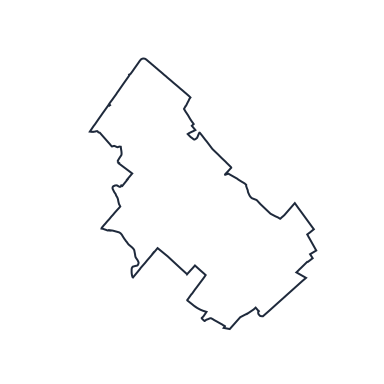 Moara Vlasiei, Ilfov, Romania (Mercator projection), rotated 247°
{"feature_id": "2599482B21816132488062", "entity_name": "Moara Vlasiei", "entity_type": "district", "adm_level": 2, "iso_a3": "ROU", "parent_name": "Romania", "parent_adm1": "Ilfov", "projection": "mercator", "projection_center": [26.22, 44.633], "detail": "fine", "context": "isolated", "style": "outline", "palette": "slate", "viewbox_px": 384, "rotation_deg": 247, "n_neighbors": 0, "source": "geoboundaries", "source_scale": "gbopen_adm2", "svg_char_len": 5909}
<svg xmlns="http://www.w3.org/2000/svg" viewBox="0 0 384 384"><g transform="rotate(247 192 192)"><path d="M288.3,122.8L287.5,121.6L287.1,122.3L286.5,123.3L286.3,124.0L286.0,124.3L285.9,124.6L285.9,125.0L285.5,126.3L285.4,127.3L285.3,127.8L285.0,128.6L284.7,128.8L283.9,129.0L283.4,129.2L282.6,130.3L269.9,134.5L268.5,135.0L266.4,135.6L265.2,136.1L265.1,136.6L265.0,137.7L264.8,138.4L264.7,138.6L262.4,140.8L262.3,141.0L262.2,142.8L262.1,143.1L261.9,143.4L261.5,144.1L259.4,143.5L257.3,143.0L255.7,142.5L254.7,142.1L253.8,141.6L253.3,141.0L252.2,139.3L251.3,138.0L249.9,136.1L249.1,135.3L249.2,135.2L247.3,136.2L247.0,135.7L245.7,136.5L232.4,144.2L228.9,137.3L228.7,137.5L224.8,130.2L225.7,129.5L224.8,128.4L224.8,128.1L225.0,127.5L225.1,127.3L225.7,126.8L226.3,126.3L226.8,126.0L227.4,125.5L227.6,125.2L228.1,123.6L228.0,122.7L228.1,122.2L228.0,121.6L227.7,121.1L227.3,120.8L226.8,120.4L225.9,120.2L222.3,120.4L219.9,120.9L218.4,120.8L216.9,121.0L216.4,121.1L215.5,121.1L214.2,121.0L212.0,120.5L209.5,120.1L208.2,120.2L206.7,120.3L205.9,118.8L204.7,116.1L203.0,112.5L202.4,111.4L201.6,109.8L201.0,108.4L200.0,106.5L199.3,105.2L198.6,103.6L197.7,101.7L196.8,100.0L195.9,98.0L194.3,94.9L193.7,94.4L193.3,95.0L192.8,95.8L192.2,96.4L191.7,96.9L191.4,97.3L190.4,98.4L189.6,99.2L189.2,100.2L188.6,101.3L189.0,101.3L187.4,104.0L183.6,108.8L183.0,109.4L181.9,110.1L180.8,110.5L179.6,110.8L178.5,110.9L175.5,111.4L173.4,111.9L172.3,112.1L171.7,112.4L171.1,112.5L170.1,112.7L168.5,113.1L164.6,115.1L163.1,115.7L162.0,116.0L161.0,116.1L156.4,115.1L156.0,115.0L155.5,114.8L154.7,114.7L154.3,114.6L153.2,114.7L150.8,115.2L149.7,115.3L148.1,115.3L147.4,115.0L146.9,114.6L146.3,114.0L145.8,113.3L145.7,112.5L146.0,111.3L146.2,109.9L146.4,108.2L146.0,107.6L145.5,106.9L144.6,106.3L142.1,105.2L140.7,104.7L138.7,104.2L137.0,104.0L136.4,104.3L137.4,106.2L139.7,110.7L140.3,111.8L140.8,112.8L141.5,114.1L142.0,114.8L142.6,116.0L142.9,116.6L145.1,121.2L146.7,124.2L148.4,127.7L149.7,130.3L150.9,132.6L151.0,132.4L151.6,133.5L151.4,133.7L153.8,138.4L146.0,142.5L142.4,144.4L142.2,144.5L125.7,151.9L125.5,152.0L118.4,155.3L118.2,155.3L119.1,157.1L119.6,158.3L120.5,160.2L121.6,162.7L123.2,166.0L116.3,169.2L112.4,171.1L110.2,172.1L109.0,170.3L107.5,167.8L105.6,164.5L104.6,162.8L101.6,157.6L101.1,156.7L98.3,152.2L98.2,151.7L97.5,150.5L95.2,146.8L94.5,145.5L94.3,145.4L94.1,145.3L93.3,145.7L88.2,148.5L86.8,149.2L85.1,150.3L85.1,150.2L84.6,150.5L83.2,151.5L82.3,152.2L81.8,152.6L81.4,152.9L80.2,153.9L79.4,154.7L78.4,155.7L76.0,158.5L74.8,156.7L73.1,154.0L72.5,152.5L72.3,151.9L72.2,151.7L71.9,151.6L70.8,152.0L70.1,152.3L69.0,152.8L68.4,153.1L68.3,153.3L68.4,153.6L68.7,154.7L68.8,155.2L68.8,155.9L68.7,156.5L68.7,157.0L68.7,157.5L68.7,159.2L68.6,159.6L68.4,160.1L68.1,160.4L67.5,160.9L66.6,161.6L65.4,162.4L63.4,164.0L60.8,166.0L59.9,166.7L58.0,168.2L57.4,168.5L57.1,168.7L56.6,169.2L55.9,169.7L55.6,169.9L55.4,169.7L55.3,169.4L54.5,168.1L51.1,173.2L57.9,187.5L58.5,195.2L58.3,195.2L59.8,202.9L60.7,205.4L56.8,206.6L56.6,206.9L56.2,207.0L56.0,206.5L55.8,206.1L54.5,205.6L53.8,205.5L52.9,205.7L51.3,206.3L50.6,207.3L49.9,208.7L52.2,215.7L67.0,258.9L68.2,262.8L68.4,263.4L77.2,256.7L77.3,257.0L78.4,259.8L78.7,260.4L79.3,262.1L82.7,270.8L82.4,271.3L83.0,273.7L83.9,277.2L88.6,276.4L89.4,282.2L89.6,283.5L104.2,281.9L104.7,281.8L106.1,281.7L107.9,281.5L108.7,284.8L110.1,289.6L113.4,288.8L131.1,284.7L136.1,283.5L137.5,283.2L141.6,282.3L134.5,267.7L134.4,267.2L134.0,266.1L133.6,264.7L132.9,262.9L132.9,262.7L133.1,262.6L133.6,262.2L134.1,261.8L134.4,261.6L135.0,261.2L137.0,259.3L141.3,255.8L154.2,250.2L159.0,248.5L159.5,248.2L162.3,245.3L162.9,244.7L163.7,244.3L164.8,243.9L165.7,243.7L166.3,243.6L169.5,243.5L170.5,243.6L171.5,243.9L172.1,244.0L173.6,244.0L175.1,244.1L176.4,244.2L176.8,244.4L177.4,244.7L178.3,244.3L179.3,243.8L180.3,243.1L182.0,241.8L183.3,240.9L185.3,239.5L186.6,238.8L188.3,237.5L193.1,233.8L194.7,232.6L194.7,232.0L194.8,230.4L194.9,229.3L195.3,229.3L195.4,229.5L199.0,237.6L199.7,237.6L205.7,235.1L206.6,234.8L211.6,232.6L214.8,231.3L216.1,230.8L220.0,229.1L223.3,227.7L223.9,227.5L232.7,225.3L235.0,224.6L239.3,223.5L240.8,223.1L242.8,222.5L243.5,222.3L243.7,222.0L243.6,221.8L243.0,221.1L242.2,220.2L241.7,219.8L240.4,218.4L239.9,217.9L239.6,216.9L239.4,216.2L239.3,215.4L239.3,214.8L239.4,214.6L239.6,214.3L240.1,214.0L240.8,213.6L241.9,213.0L243.0,212.3L243.9,211.9L245.2,211.4L246.2,211.0L247.0,210.7L247.1,211.2L247.3,212.1L247.5,215.2L247.5,216.6L247.6,218.3L247.7,219.3L253.0,217.7L253.9,220.1L255.3,219.8L256.9,219.4L258.5,219.1L260.2,218.8L261.9,218.6L264.4,218.3L265.3,218.1L267.0,217.8L268.4,217.5L269.3,217.4L269.7,217.3L270.3,217.3L270.6,217.2L271.2,217.1L271.6,217.1L272.9,218.8L273.0,219.0L273.4,219.3L273.5,219.5L273.6,220.0L274.2,220.8L274.5,221.1L275.0,221.7L275.3,222.0L276.1,223.0L276.4,223.3L277.4,224.6L278.0,225.2L278.6,225.9L278.8,226.1L279.0,226.5L279.6,227.5L281.1,226.9L282.6,226.2L285.3,224.9L286.8,224.1L288.1,223.5L289.9,222.6L291.8,221.6L293.3,220.9L295.9,219.6L299.8,217.6L302.3,216.4L307.4,213.8L308.2,213.5L311.2,211.9L313.0,211.1L313.5,210.8L314.8,210.2L315.9,209.6L316.3,209.4L316.7,209.2L317.5,208.8L318.5,208.3L319.2,208.0L320.7,207.2L321.8,206.7L322.7,206.2L323.6,205.8L325.5,204.8L326.1,204.5L327.0,204.1L327.9,203.6L328.5,203.3L329.9,202.6L330.3,202.4L331.5,201.8L331.8,201.7L332.0,201.5L332.4,201.2L332.8,201.0L333.2,200.5L333.5,200.1L333.9,199.3L334.0,199.0L334.1,198.2L334.1,197.2L333.7,196.3L333.1,195.1L332.2,193.7L330.2,190.5L327.8,186.6L326.7,184.9L325.8,183.4L325.1,182.2L324.7,181.5L324.6,180.5L324.6,180.0L324.0,180.0L323.1,178.7L321.0,175.3L318.4,171.1L313.8,163.8L312.6,161.8L311.6,160.4L310.1,157.9L308.9,155.9L308.2,154.8L306.9,152.5L305.4,150.1L304.0,150.5L303.8,149.6L304.8,149.3L304.1,148.2L301.4,143.8L300.6,142.5L299.4,140.5L298.0,138.3L295.9,134.9L292.2,129.1L291.1,127.1L288.3,122.8Z" fill="none" stroke="#1e293b" stroke-width="2"/></g></svg>